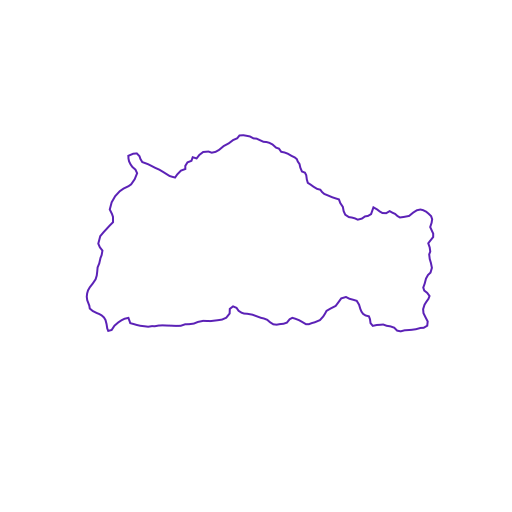 the district of Lins, São Paulo, Brazil, rotated 235°
{"feature_id": "56859067B10725298789827", "entity_name": "Lins", "entity_type": "district", "adm_level": 2, "iso_a3": "BRA", "parent_name": "Brazil", "parent_adm1": "São Paulo", "projection": "natural_earth1", "projection_center": [-49.692, -21.647], "detail": "fine", "context": "isolated", "style": "outline", "palette": "violet", "viewbox_px": 512, "rotation_deg": 235, "n_neighbors": 0, "source": "geoboundaries", "source_scale": "gbopen_adm2", "svg_char_len": 3426}
<svg xmlns="http://www.w3.org/2000/svg" viewBox="0 0 512 512"><g transform="rotate(235 256 256)"><path d="M411.3,208.9L408.9,207.4L406.3,206.3L403.0,205.8L399.9,205.8L395.9,206.8L392.0,206.1L388.5,200.7L386.3,194.8L386.3,191.7L387.2,186.2L387.2,181.5L385.8,175.0L382.8,168.6L378.0,162.9L372.9,162.1L370.1,161.3L365.7,158.3L364.9,153.8L362.9,144.7L361.6,139.8L356.6,133.9L352.7,133.1L348.5,133.3L345.3,130.1L343.6,127.5L339.8,123.3L337.5,119.7L334.3,117.0L331.3,114.3L328.9,111.2L327.1,106.5L325.7,101.9L324.2,98.7L322.2,96.2L319.7,94.0L316.6,92.4L311.0,91.0L308.3,89.7L304.6,90.7L300.7,92.8L298.4,94.3L295.9,95.5L292.9,96.2L289.9,96.0L285.9,94.5L282.0,92.6L279.4,92.0L278.2,95.3L280.1,100.1L280.6,105.2L280.5,109.0L280.0,112.3L278.5,116.0L273.1,114.5L270.5,116.7L268.1,118.6L265.3,121.1L262.0,124.8L259.9,127.1L258.2,130.6L256.5,132.8L254.9,136.3L252.7,139.8L250.3,142.9L247.7,146.4L244.6,150.4L242.0,154.3L240.7,158.8L238.5,162.1L236.3,166.3L235.3,170.6L233.2,175.5L230.7,178.8L228.6,181.7L226.9,184.9L225.3,187.9L223.4,191.7L222.5,196.2L224.0,201.4L227.7,204.2L227.9,208.3L224.7,210.3L221.1,210.3L217.9,211.6L215.7,213.2L213.7,215.7L210.0,219.4L205.8,222.3L202.5,224.6L200.3,226.6L197.3,228.6L193.7,229.5L190.1,231.0L187.9,233.5L186.5,236.5L184.7,239.7L183.7,243.1L184.9,247.3L184.5,250.3L182.1,252.2L178.8,254.4L175.5,256.0L171.5,257.8L169.8,260.2L169.0,263.3L168.0,266.1L166.8,271.6L167.9,276.4L169.2,279.5L170.6,282.3L170.2,287.0L169.4,292.6L170.9,297.2L172.4,301.5L170.8,306.2L167.4,308.0L164.3,310.6L161.5,312.8L157.0,312.5L152.8,311.1L150.0,310.5L147.2,310.5L144.5,311.6L141.8,313.9L138.8,313.1L135.3,311.3L131.8,311.6L130.2,315.4L128.7,317.8L126.9,320.9L123.9,323.0L121.2,325.8L118.0,328.1L113.9,328.8L111.3,331.3L109.9,335.1L107.9,338.4L106.3,341.1L104.3,345.0L102.7,349.5L101.0,352.2L100.7,356.3L103.9,359.1L108.6,359.7L113.1,360.4L116.6,362.4L119.5,366.2L120.8,369.3L122.0,372.7L123.7,375.2L127.6,375.1L131.2,374.0L134.2,374.9L136.6,378.3L140.0,382.3L141.8,386.0L142.3,389.4L145.4,393.3L150.0,395.3L153.9,396.6L158.0,398.8L159.7,401.3L163.4,403.2L167.6,404.4L168.5,407.2L169.9,412.0L172.7,414.0L175.6,414.5L179.8,415.3L182.5,418.9L185.1,421.4L188.2,422.3L191.8,421.6L194.7,420.8L197.8,419.1L199.8,417.3L201.2,414.0L201.4,409.7L201.0,404.4L203.2,399.5L205.0,396.0L207.6,394.8L210.7,394.1L213.2,392.6L216.1,391.2L216.4,387.2L218.7,384.2L221.5,382.9L224.7,381.9L228.5,380.1L224.3,374.3L224.6,370.7L225.9,368.0L225.9,364.2L227.4,360.2L230.1,358.6L232.5,356.6L234.6,354.4L238.6,352.8L242.4,353.5L246.4,355.3L251.0,355.4L254.8,356.4L257.1,354.6L260.3,352.2L264.6,349.5L267.7,347.5L270.5,346.8L273.4,346.7L276.0,344.5L279.9,342.8L283.1,341.7L286.2,340.4L289.5,341.5L293.4,343.5L296.2,343.9L298.9,342.1L303.0,343.0L306.4,344.4L309.4,344.4L311.9,345.0L314.5,344.3L317.5,342.6L321.6,340.7L324.5,338.7L326.9,336.4L330.8,336.4L333.2,334.6L337.9,333.5L341.1,331.8L343.3,330.0L345.3,327.6L348.7,325.6L351.8,323.8L353.8,321.4L357.4,319.6L360.0,317.1L362.2,314.9L364.2,311.6L363.2,308.1L364.1,303.8L363.9,298.4L364.6,292.6L364.1,286.6L364.5,282.6L366.0,279.0L368.8,277.0L371.5,272.4L371.3,267.6L370.0,263.3L373.2,260.8L371.0,257.7L372.0,253.6L370.4,249.8L367.8,248.0L369.0,243.5L368.0,238.3L366.7,234.7L368.8,232.9L371.1,231.1L378.2,228.1L382.2,226.3L386.0,224.0L390.2,221.8L393.0,220.3L395.2,218.8L398.2,216.7L401.9,217.0L404.6,217.8L408.4,217.2L410.2,214.1L411.3,208.9Z" fill="none" stroke="#5b21b6" stroke-width="2"/></g></svg>